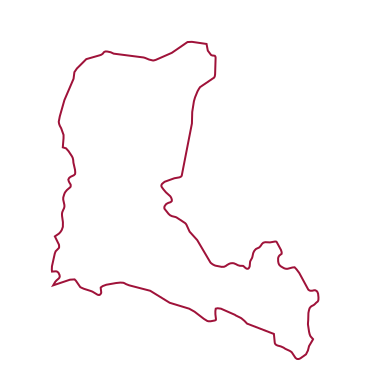 map outline of Suphan Buri (Mercator projection), rotated 189°
{"feature_id": "THA-403", "entity_name": "Suphan Buri", "entity_type": "Province", "adm_level": 1, "iso_a3": "THA", "parent_name": "Thailand", "parent_adm1": "", "projection": "mercator", "projection_center": [99.785, 14.567], "detail": "fine", "context": "isolated", "style": "outline", "palette": "rose", "viewbox_px": 384, "rotation_deg": 189, "n_neighbors": 0, "source": "natural_earth", "source_scale": "10m", "svg_char_len": 3867}
<svg xmlns="http://www.w3.org/2000/svg" viewBox="0 0 384 384"><g transform="rotate(189 192 192)"><path d="M314.5,78.1L313.1,81.7L312.6,82.5L311.9,83.6L310.1,85.7L309.6,86.6L309.4,87.7L309.8,89.2L311.3,91.4L312.6,92.2L313.9,92.4L317.8,91.5L318.3,93.3L318.7,96.7L317.9,109.7L317.4,112.1L314.9,115.6L314.6,116.3L314.8,117.9L315.2,119.2L320.5,126.7L316.9,130.1L315.8,131.7L314.9,133.6L314.6,134.6L314.1,137.4L314.8,142.1L316.6,148.0L317.0,150.0L317.0,151.7L316.4,154.2L315.9,155.7L315.7,157.4L316.0,159.2L318.0,164.3L318.3,166.4L317.9,169.5L317.5,171.3L316.9,172.6L316.4,173.4L315.9,174.3L312.9,177.8L312.7,178.9L313.0,180.3L314.7,182.3L315.6,183.7L316.1,185.0L315.5,186.7L314.7,187.6L313.8,188.4L313.0,188.9L311.4,190.0L310.8,190.7L310.3,191.5L310.4,193.2L311.0,195.6L313.7,202.4L314.4,205.2L315.2,207.1L316.1,208.4L320.3,213.0L323.2,215.4L326.6,215.9L327.3,225.1L327.8,228.3L331.2,234.5L332.9,236.7L333.9,238.5L334.6,240.5L334.4,246.1L332.4,262.8L326.7,285.3L326.9,292.0L325.0,296.0L317.2,306.7L304.3,312.7L303.1,313.4L302.3,314.1L301.6,314.9L301.2,315.8L300.6,316.6L299.4,317.3L297.6,317.5L294.1,317.3L291.0,316.4L260.9,317.3L259.3,317.1L255.1,316.1L251.4,315.8L250.5,315.9L248.5,316.8L233.7,326.3L219.9,339.4L215.6,340.3L200.8,340.5L198.5,334.1L194.7,330.4L193.3,330.0L192.2,330.1L190.8,330.1L190.1,329.4L189.7,328.4L187.6,311.9L187.6,309.9L188.0,308.5L200.4,296.9L201.3,295.0L202.3,292.3L203.8,285.9L204.3,282.0L204.3,271.1L202.8,259.7L204.7,206.5L205.1,205.7L205.9,205.0L206.7,204.5L211.6,202.8L220.5,197.9L221.5,196.9L222.9,195.2L223.3,193.9L223.1,192.9L222.6,192.1L220.6,190.1L217.7,187.6L212.8,184.4L212.0,183.5L211.3,182.5L210.6,180.9L210.6,179.8L211.2,179.0L211.9,178.4L213.6,177.6L214.7,176.8L215.8,175.8L216.9,173.5L216.9,172.2L216.6,171.2L211.7,166.7L210.0,165.6L208.0,165.0L204.3,164.7L203.2,164.4L193.9,160.2L193.1,159.6L192.3,158.7L188.8,153.4L188.1,152.4L179.3,145.3L162.9,125.4L162.2,124.8L160.3,123.8L158.3,123.1L157.1,122.9L151.1,122.7L148.8,123.1L148.0,123.6L147.2,124.1L145.9,125.4L144.3,126.7L143.5,127.2L142.7,127.6L141.6,127.9L140.6,128.1L139.4,128.1L137.3,127.6L135.3,126.9L133.1,126.6L131.0,126.9L130.0,127.0L129.2,126.6L127.7,125.6L126.8,125.1L125.8,124.8L124.8,124.9L124.1,125.5L123.7,126.4L123.4,127.5L123.7,132.1L123.5,133.2L122.4,136.2L122.2,137.4L122.0,141.1L121.7,142.3L121.4,143.3L120.5,144.9L119.9,145.7L119.1,146.3L117.4,147.4L116.8,147.9L115.7,149.6L114.8,151.6L114.2,152.4L113.6,153.1L112.7,153.5L111.8,153.9L107.1,154.4L102.2,156.1L101.3,156.2L100.5,155.8L95.0,148.6L94.0,146.5L93.8,145.0L95.7,143.0L96.3,141.8L96.6,140.2L96.1,137.1L95.4,135.2L94.6,133.9L92.9,132.6L91.0,131.8L89.1,131.1L87.9,130.9L86.7,130.9L85.6,131.1L81.1,133.1L78.9,133.7L76.7,132.0L73.4,128.8L61.9,113.8L61.0,113.3L59.9,113.0L58.8,113.1L57.8,113.3L55.9,114.1L54.7,114.2L53.1,113.5L52.3,112.6L51.5,111.1L51.2,109.9L50.6,107.7L50.3,105.4L50.4,104.4L50.7,103.5L52.0,102.1L53.2,100.4L53.8,99.7L54.5,99.1L56.0,98.0L56.6,97.4L57.2,96.5L57.7,95.5L58.0,93.2L58.1,90.7L57.2,83.8L57.0,81.4L56.8,79.5L54.5,72.2L53.6,70.0L52.6,68.3L52.0,67.7L49.4,65.6L49.6,64.9L52.3,58.1L52.7,53.6L54.0,49.5L58.7,44.9L59.6,44.2L60.6,43.7L62.0,43.5L63.0,43.9L63.9,44.4L68.4,49.3L69.5,49.9L70.7,50.4L75.3,51.7L77.2,52.6L80.2,53.4L83.3,53.7L84.8,54.1L85.9,54.8L86.5,55.6L86.8,56.5L88.9,64.6L117.0,70.6L120.0,72.9L123.3,74.9L124.2,75.3L129.4,76.9L130.4,77.4L145.2,81.3L148.5,81.2L150.3,80.5L150.3,78.1L149.8,75.0L148.5,70.4L148.4,69.6L148.5,69.3L149.3,68.7L153.5,67.2L155.3,66.9L156.7,67.0L160.5,68.6L170.8,74.2L176.5,76.3L196.7,79.1L217.8,87.9L239.5,90.0L242.7,90.7L244.6,91.4L245.8,91.6L248.7,91.3L252.8,90.2L262.1,87.0L265.5,85.1L267.2,83.4L267.0,82.3L266.1,79.2L265.9,78.2L266.2,77.2L266.7,76.4L267.2,75.9L268.1,75.7L269.3,75.8L274.7,78.0L276.5,78.4L283.7,79.5L286.0,80.1L287.5,80.6L292.8,86.2L294.3,87.3L298.8,86.3L314.5,78.1Z" fill="none" stroke="#9f1239" stroke-width="2"/></g></svg>